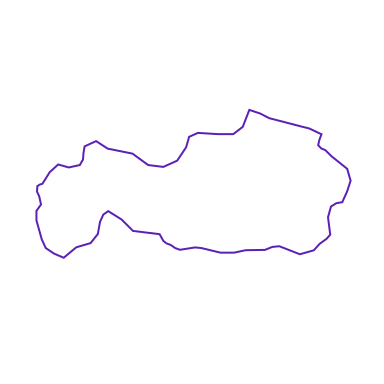 SVG path tracing the border of Bolu, rotated 13°
{"feature_id": "TUR-2268", "entity_name": "Bolu", "entity_type": "Province", "adm_level": 1, "iso_a3": "TUR", "parent_name": "Turkey", "parent_adm1": "", "projection": "albers", "projection_center": [31.568, 40.592], "detail": "fine", "context": "isolated", "style": "outline", "palette": "violet", "viewbox_px": 384, "rotation_deg": 13, "n_neighbors": 0, "source": "natural_earth", "source_scale": "10m", "svg_char_len": 1091}
<svg xmlns="http://www.w3.org/2000/svg" viewBox="0 0 384 384"><g transform="rotate(13 192 192)"><path d="M340.7,168.1L335.1,170.5L330.7,174.9L330.2,186.0L336.3,202.5L333.6,207.4L328.1,213.7L323.8,221.4L311.1,228.4L289.3,225.2L282.7,227.4L276.1,232.0L257.5,236.6L246.7,241.6L233.3,244.7L213.6,244.5L207.5,245.3L193.3,251.0L188.2,250.4L183.3,248.4L178.6,247.8L175.1,246.1L169.9,240.4L143.3,243.2L129.5,234.6L114.7,229.5L110.7,233.9L109.1,241.7L109.7,254.1L104.7,264.6L91.7,271.9L81.8,284.9L71.6,283.1L62.1,279.5L56.3,272.0L46.8,254.6L44.7,245.4L47.7,238.1L44.1,230.6L40.9,226.5L40.0,221.1L41.9,219.1L44.4,217.6L48.9,204.7L55.4,195.3L66.4,195.8L76.6,191.0L78.5,184.9L77.5,178.4L77.1,171.7L87.1,164.0L100.1,168.7L125.4,168.0L143.2,175.6L158.4,174.0L170.5,164.8L176.2,149.8L176.8,138.9L184.4,133.1L204.7,129.7L219.2,126.3L226.8,117.1L229.4,99.1L240.8,100.2L250.6,102.7L284.1,103.6L291.8,103.7L305.2,106.6L304.4,112.3L304.4,118.0L308.2,120.5L312.5,121.2L319.9,125.8L338.0,134.5L344.0,145.3L343.5,150.8L343.3,153.4L343.0,156.7L340.7,168.1Z" fill="none" stroke="#5b21b6" stroke-width="2"/></g></svg>